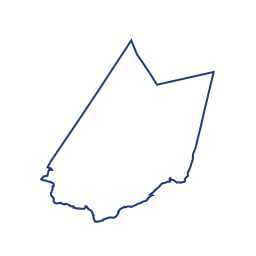 the district of West Kwara'ae, Malaita, Solomon Islands, rotated 257°
{"feature_id": "97153195B25231511740038", "entity_name": "West Kwara'ae", "entity_type": "district", "adm_level": 2, "iso_a3": "SLB", "parent_name": "Solomon Islands", "parent_adm1": "Malaita", "projection": "equal_earth", "projection_center": [160.683, -8.662], "detail": "fine", "context": "isolated", "style": "outline", "palette": "blue", "viewbox_px": 256, "rotation_deg": 257, "n_neighbors": 0, "source": "geoboundaries", "source_scale": "gbopen_adm2", "svg_char_len": 5068}
<svg xmlns="http://www.w3.org/2000/svg" viewBox="0 0 256 256"><g transform="rotate(257 128 128)"><path d="M97.6,31.9L97.3,31.9L96.6,33.2L96.2,33.7L95.2,36.0L94.0,37.9L93.6,38.8L93.3,39.3L93.1,40.0L92.5,40.4L92.2,41.0L91.2,42.3L90.9,42.6L90.2,42.9L89.7,43.0L89.1,42.8L89.0,42.7L88.9,42.8L88.2,42.6L88.0,42.4L87.8,42.0L87.9,41.7L88.1,41.9L88.1,41.5L88.0,41.3L87.6,41.2L87.3,41.3L86.9,41.3L86.8,41.1L86.3,41.0L86.1,41.0L85.5,40.7L85.4,40.7L84.8,40.4L84.3,39.9L83.4,39.4L83.1,39.2L82.9,39.2L82.5,39.0L82.3,38.7L82.2,38.4L81.8,38.2L81.4,38.2L81.2,38.1L80.5,38.1L80.1,38.2L79.3,38.2L78.9,38.3L78.6,38.5L78.3,38.8L78.0,38.7L77.7,38.7L77.3,39.1L77.1,39.4L76.9,39.4L76.7,39.7L76.1,39.9L75.7,39.8L75.6,39.7L75.3,39.6L74.4,39.2L73.9,39.0L73.1,39.1L72.4,39.4L72.0,39.5L71.6,39.9L71.4,39.9L71.2,40.1L71.0,40.7L70.8,40.8L70.8,41.0L70.6,41.2L70.4,41.7L70.5,42.5L70.5,43.1L70.3,43.4L70.3,43.8L70.2,44.3L70.2,44.7L70.1,44.9L69.9,45.3L69.9,45.6L69.7,45.7L69.4,46.4L69.5,46.4L69.3,46.6L69.1,46.9L68.8,47.3L68.6,47.6L68.3,47.7L68.2,48.1L67.9,48.6L67.9,48.9L68.0,49.2L67.9,49.4L67.9,49.6L67.8,49.9L68.1,50.3L67.2,51.8L66.6,52.6L66.5,52.9L66.3,53.1L66.2,53.4L66.0,53.7L65.8,53.7L65.6,53.8L65.3,54.0L65.2,54.2L64.9,54.3L64.6,54.9L64.4,55.2L64.3,55.7L64.3,55.8L64.3,56.1L64.1,56.4L64.0,56.8L63.7,57.4L63.4,57.6L63.2,57.6L63.1,57.3L62.9,57.5L62.7,57.3L62.6,57.6L62.4,57.6L62.2,58.0L62.0,58.7L61.6,59.2L61.5,59.4L61.4,59.8L61.2,59.9L61.0,60.5L60.8,60.6L60.7,60.9L60.6,61.1L60.7,61.3L60.8,61.6L60.7,62.0L60.7,62.5L60.3,62.8L60.3,63.1L60.2,63.2L60.2,63.4L60.0,63.6L59.8,64.4L59.8,64.7L59.6,65.0L59.5,65.6L59.2,66.6L59.2,67.2L59.4,67.5L59.5,67.9L59.7,68.1L60.1,68.6L60.4,69.0L60.6,69.1L60.9,68.9L61.2,68.9L61.0,69.9L60.6,70.2L60.4,70.2L59.7,70.3L59.4,70.6L58.9,70.8L58.7,70.8L58.4,70.9L58.3,71.1L58.0,71.4L57.7,71.5L57.4,71.6L57.3,71.9L57.1,71.9L56.7,72.3L56.6,72.6L56.4,72.9L56.4,73.0L56.2,73.2L55.9,73.3L55.8,73.5L55.6,73.5L55.1,73.7L54.9,73.9L54.8,74.0L54.5,73.9L53.9,74.0L53.5,74.2L53.2,74.1L52.9,74.2L52.4,74.3L51.9,74.3L51.9,74.5L51.7,74.5L51.3,74.7L51.0,74.6L50.9,74.4L50.6,74.4L50.3,74.4L50.2,74.6L50.0,74.4L49.5,74.3L49.0,74.4L48.8,74.3L48.6,74.4L48.4,74.3L48.0,74.3L47.8,74.2L47.5,74.3L47.2,74.1L46.6,74.2L46.1,74.6L45.7,74.6L45.0,74.9L44.6,75.0L44.4,74.9L44.3,75.2L44.1,75.3L44.0,75.5L43.8,75.8L43.8,76.0L43.6,76.2L43.6,76.5L43.7,76.8L43.6,77.4L43.5,77.6L43.4,78.2L43.6,78.4L43.5,79.1L43.4,79.4L43.4,79.8L43.6,80.1L43.6,80.9L43.7,81.6L43.6,81.8L43.7,82.0L43.7,82.4L43.9,82.7L43.8,83.1L44.0,83.3L44.4,83.6L44.5,84.2L44.5,85.2L44.4,85.6L44.6,85.9L44.7,86.0L44.9,86.9L44.8,87.7L44.8,88.4L44.8,88.9L45.0,89.3L44.9,89.9L44.8,90.2L44.9,90.4L44.7,91.0L44.5,91.9L44.3,92.5L44.2,92.7L44.0,93.1L43.9,93.6L43.9,93.8L43.9,94.0L44.0,94.4L43.9,95.0L44.0,95.1L44.0,95.5L44.5,96.3L44.7,96.5L45.0,97.2L45.7,97.9L45.9,98.2L46.3,98.5L46.6,98.9L47.8,99.7L48.2,99.6L48.5,99.6L48.7,99.8L48.6,100.2L48.7,100.3L48.9,100.1L49.3,100.4L50.0,101.4L50.7,102.3L51.0,102.4L51.0,102.6L51.1,103.1L51.3,103.7L51.3,104.5L51.4,105.0L51.5,105.2L51.6,105.5L51.7,106.0L52.0,107.0L51.6,107.2L51.4,107.3L51.3,107.6L51.6,109.4L51.6,110.3L51.4,110.9L51.3,111.6L51.1,111.9L51.1,112.2L50.9,112.6L50.6,112.8L50.4,113.1L50.4,113.4L50.5,113.7L50.5,114.4L50.7,115.0L50.8,116.0L50.9,116.8L51.3,118.3L51.5,118.8L51.6,119.5L51.6,120.0L51.9,120.8L52.0,122.8L52.1,123.5L52.1,124.0L52.3,124.2L52.3,123.8L52.9,126.3L52.9,128.0L53.1,128.4L53.2,128.7L53.0,128.9L53.0,129.2L53.1,129.6L53.4,129.5L53.6,130.1L54.3,130.9L54.1,130.9L54.1,131.0L54.4,131.4L54.7,131.7L55.1,132.2L55.8,132.7L56.0,133.6L56.3,134.1L56.5,134.9L56.8,135.5L57.1,135.8L57.1,136.1L57.3,135.8L57.5,135.7L58.0,135.7L58.1,135.3L58.2,135.0L58.3,135.3L58.7,135.7L59.1,137.0L59.4,137.3L59.6,137.8L60.0,138.4L60.1,138.9L60.4,139.3L60.6,139.3L60.8,139.8L60.9,139.7L61.0,139.8L61.6,140.6L61.7,140.8L61.7,141.7L62.1,141.9L62.2,142.2L62.5,142.6L62.9,143.4L63.3,144.5L63.5,144.9L63.8,145.4L64.7,146.1L64.8,146.4L65.2,146.9L65.5,147.4L66.0,148.3L66.3,149.3L66.3,149.8L66.3,151.6L66.4,152.8L66.4,153.2L66.8,153.8L66.8,154.0L66.8,154.5L66.5,156.1L66.3,156.5L66.7,157.0L66.9,157.0L67.1,157.2L67.1,157.5L67.3,157.6L67.4,157.8L67.7,157.7L67.7,157.3L67.8,157.2L68.3,157.0L68.6,156.9L69.1,157.0L69.3,157.2L69.4,157.5L69.2,157.4L68.8,157.7L68.6,157.4L68.3,157.2L68.0,157.3L68.0,157.5L68.4,157.9L68.4,158.3L67.7,159.2L66.9,160.8L66.4,161.3L65.2,162.0L64.4,162.9L63.9,163.2L63.7,163.4L63.7,163.7L63.8,164.2L63.7,165.3L63.4,166.1L63.3,166.3L63.0,166.5L62.9,166.8L63.0,169.4L63.0,169.7L62.9,170.2L62.8,170.4L63.0,171.0L63.2,171.6L63.4,171.7L65.1,172.1L65.5,171.9L66.5,173.2L66.7,173.4L67.0,173.8L67.3,174.9L67.5,175.0L67.9,175.2L68.1,175.4L68.1,175.6L68.8,175.8L70.1,176.0L71.0,176.4L71.5,176.4L72.0,176.7L72.1,177.2L76.7,180.5L79.6,182.0L80.5,182.8L83.7,184.4L86.5,185.0L88.7,185.9L92.7,188.9L110.0,197.7L127.9,206.4L163.3,224.1L163.5,190.7L163.7,165.9L173.7,162.6L197.8,153.3L205.0,152.1L212.6,150.9L170.5,106.9L146.0,80.9L112.9,45.3L107.7,40.7L106.2,43.6L104.2,44.5L104.4,43.5L105.2,41.9L103.8,40.8L99.5,38.7L99.7,37.6L99.8,35.0L97.6,31.9Z" fill="none" stroke="#1e3a8a" stroke-width="2"/></g></svg>